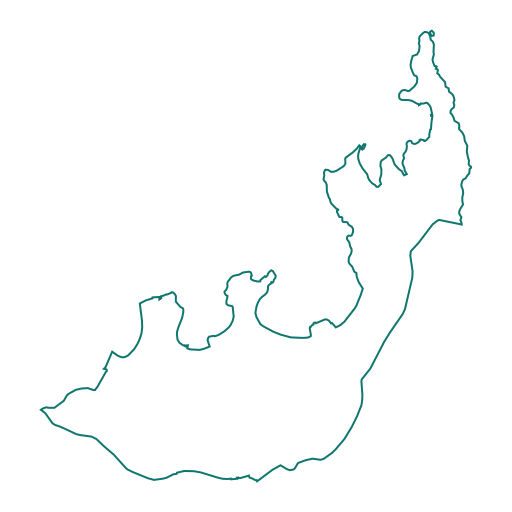 Woollahra, Australia (Natural Earth projection)
{"feature_id": "25037944B50824863548632", "entity_name": "Woollahra", "entity_type": "district", "adm_level": 2, "iso_a3": "AUS", "parent_name": "Australia", "parent_adm1": "", "projection": "natural_earth1", "projection_center": [151.265, -33.862], "detail": "fine", "context": "isolated", "style": "outline", "palette": "teal", "viewbox_px": 512, "rotation_deg": 0, "n_neighbors": 0, "source": "geoboundaries", "source_scale": "gbopen_adm2", "svg_char_len": 6044}
<svg xmlns="http://www.w3.org/2000/svg" viewBox="0 0 512 512"><path d="M176.7,473.8L177.0,472.7L184.1,471.0L193.9,471.2L201.1,472.5L217.3,477.5L222.7,478.8L227.8,479.0L230.8,478.6L230.9,479.3L237.1,478.8L236.9,477.7L238.3,477.5L238.4,478.2L240.6,478.0L249.0,475.6L249.5,477.6L252.4,478.5L255.2,480.1L256.7,480.2L257.1,481.3L272.6,469.7L280.5,465.3L287.0,469.2L289.8,470.2L293.5,469.5L294.9,468.3L298.0,463.0L305.7,460.2L312.6,458.7L320.6,459.8L323.6,458.9L332.0,452.9L335.7,449.3L344.4,439.0L351.6,427.2L357.0,416.4L361.4,405.3L362.2,400.3L362.4,394.6L361.4,381.4L361.8,379.3L370.3,368.6L384.3,341.6L390.1,332.3L402.8,313.9L405.0,309.0L412.3,277.7L412.6,271.4L410.3,255.8L410.7,251.9L411.3,250.7L418.6,242.8L432.7,224.3L437.3,220.8L439.0,219.9L461.7,224.5L461.5,222.8L460.4,220.3L461.4,217.2L459.3,213.9L459.2,212.6L459.2,211.4L460.4,208.7L463.0,204.5L462.3,200.8L462.3,197.6L463.2,193.2L462.8,189.7L461.5,186.4L461.3,184.9L462.1,181.5L463.1,179.7L465.6,178.3L467.3,175.6L469.3,173.3L469.6,169.1L471.0,167.8L471.1,166.9L469.5,165.6L468.7,164.3L469.0,160.3L468.2,158.4L466.8,151.6L467.3,145.7L464.8,140.9L464.2,136.3L462.3,132.5L459.2,129.2L459.0,127.7L459.4,126.2L458.7,123.3L454.5,120.8L453.7,117.8L451.9,114.5L450.5,113.0L450.5,111.2L451.5,109.3L453.8,107.4L454.3,105.1L453.5,102.7L454.5,100.2L453.5,96.2L452.2,94.1L449.0,91.6L448.6,88.4L445.6,86.6L445.1,82.1L440.2,76.9L438.9,74.5L437.3,73.4L437.9,69.9L437.4,69.3L435.8,68.8L436.7,66.6L436.1,66.1L434.6,66.1L433.2,62.6L432.5,59.4L433.9,54.3L433.5,52.0L433.9,44.8L433.0,41.9L430.7,39.6L430.2,36.6L428.7,33.1L426.6,32.1L424.6,32.0L422.3,33.7L419.6,36.5L419.1,38.9L419.5,41.0L418.8,43.1L419.6,46.3L419.0,51.0L417.0,54.5L412.7,56.0L411.2,61.1L410.6,64.9L410.9,67.7L413.2,73.4L414.3,75.3L416.4,76.2L416.9,77.2L417.3,78.6L416.9,82.7L414.6,86.2L409.3,90.9L407.9,91.1L405.2,90.0L402.9,90.2L401.2,91.2L399.2,94.1L399.2,97.7L400.1,99.1L401.7,99.9L408.9,100.1L412.2,100.9L417.1,103.7L418.8,104.1L418.9,105.2L420.4,104.5L420.8,103.5L423.2,103.6L426.4,102.7L427.5,103.1L429.4,105.2L430.7,107.5L432.2,114.4L430.9,114.7L431.0,115.7L432.3,115.4L432.4,116.2L431.4,122.8L431.0,129.2L430.2,129.6L429.3,134.3L429.3,136.8L426.7,139.8L425.1,141.0L424.3,141.1L423.9,140.2L420.5,139.5L419.6,140.1L419.8,140.8L417.8,142.7L415.2,143.9L413.5,143.8L412.0,142.9L411.3,141.2L409.7,140.7L408.2,141.3L406.8,142.7L406.5,144.1L406.9,146.2L406.6,149.1L405.6,151.6L403.9,153.7L403.3,155.4L404.1,158.1L402.9,160.7L402.5,163.2L402.8,164.6L404.3,167.8L404.8,170.8L406.8,174.1L404.0,175.3L401.8,171.2L398.5,168.8L394.5,164.2L392.7,159.0L391.6,157.2L389.9,155.1L388.0,155.1L385.8,157.7L381.8,160.4L380.7,162.1L380.4,165.8L381.4,169.2L381.3,174.4L379.7,179.9L381.0,184.1L378.3,186.8L376.5,186.8L375.0,185.0L372.1,183.3L369.2,179.9L368.3,178.2L367.1,174.1L362.8,168.8L359.7,163.4L358.4,159.4L358.1,156.6L358.3,154.0L360.2,147.6L360.2,146.0L359.3,145.3L356.6,148.9L352.7,152.5L345.6,157.7L345.2,159.0L345.4,163.6L344.3,165.5L342.5,167.0L336.4,170.8L333.3,171.8L330.9,171.8L328.2,170.0L325.5,169.7L324.9,170.2L324.0,172.5L324.3,175.4L323.5,179.2L324.3,181.0L325.6,182.2L326.7,184.9L326.9,191.6L328.9,197.8L329.8,199.0L330.4,201.6L331.3,203.5L336.2,208.6L338.1,209.5L338.2,210.1L337.0,210.8L337.0,212.0L339.4,217.0L341.6,217.1L342.3,217.8L342.3,220.6L343.2,222.0L347.0,222.2L347.7,222.8L348.6,224.7L351.9,226.9L353.0,228.8L353.1,231.7L351.9,235.0L350.6,235.9L348.5,235.6L347.3,236.7L346.9,237.7L347.1,239.3L349.3,242.4L350.1,246.2L351.5,249.0L351.7,250.8L351.1,253.5L348.9,257.5L348.6,261.7L349.3,263.5L352.3,266.9L354.3,271.7L356.4,273.0L356.7,276.7L358.8,282.3L362.8,288.6L360.6,295.3L356.2,306.0L354.3,309.0L344.2,321.9L340.3,325.1L335.8,327.4L332.0,323.0L331.1,323.4L328.9,320.6L326.6,319.4L324.7,319.5L316.0,323.2L315.7,322.6L314.1,322.7L313.4,323.4L313.5,324.5L311.8,325.4L310.6,327.0L310.1,327.0L309.7,328.3L310.9,335.0L310.7,336.3L307.8,337.6L302.7,337.9L290.9,337.4L280.5,334.6L273.1,331.6L263.1,326.2L260.2,324.0L256.4,316.9L255.4,313.0L256.5,306.6L257.8,302.9L259.7,299.3L262.1,296.8L265.0,294.7L267.2,292.3L267.9,289.4L268.1,286.1L269.1,284.8L271.3,283.2L271.4,282.1L272.6,282.6L273.3,281.9L273.9,279.8L275.5,277.7L275.7,275.7L272.8,271.0L271.3,270.3L269.1,272.1L268.0,273.7L267.4,275.5L265.7,277.0L264.8,276.3L260.4,280.1L260.2,281.4L257.7,281.5L254.0,280.7L251.3,279.4L250.9,278.6L250.9,277.0L251.1,276.2L251.8,275.7L251.1,273.0L250.2,272.0L248.8,271.7L243.0,272.5L239.3,274.6L233.5,275.8L231.3,277.2L227.8,281.8L227.3,283.3L227.5,286.7L226.3,289.6L224.5,291.7L224.5,292.6L225.7,294.9L227.5,295.9L227.3,297.9L226.3,301.3L226.5,303.9L227.9,305.2L232.2,306.2L232.7,306.9L233.7,316.6L232.6,321.0L230.7,324.8L228.8,327.4L224.0,331.6L218.8,334.8L214.8,336.3L213.7,335.8L209.1,336.7L207.9,338.4L207.6,340.4L209.7,346.5L204.8,348.5L199.8,349.9L190.1,349.4L187.3,348.4L187.9,345.3L186.8,345.4L186.5,346.7L186.1,346.5L186.3,345.8L185.0,345.4L184.9,346.1L182.5,344.9L179.4,342.7L177.5,339.6L176.9,334.0L177.1,331.5L178.4,327.3L182.1,317.9L183.3,312.2L183.3,309.5L182.8,308.2L180.3,306.9L175.8,301.6L175.9,296.0L174.8,294.1L173.1,292.5L171.6,292.2L171.0,292.9L166.8,294.6L165.9,294.4L164.4,295.3L161.0,296.3L161.3,298.1L159.4,299.5L159.2,297.0L152.5,297.4L152.4,298.4L145.8,300.4L139.8,303.5L142.0,320.7L142.2,327.6L141.5,333.2L140.1,338.0L137.7,343.5L135.1,347.7L134.0,349.4L127.9,355.6L124.8,357.1L122.6,357.3L120.0,356.7L117.3,355.4L112.2,351.7L105.7,366.9L103.9,368.8L106.5,369.4L106.9,370.8L105.5,372.5L97.7,386.4L95.0,390.0L93.5,390.1L87.7,388.1L81.8,388.5L75.9,389.8L68.3,394.0L66.7,395.7L63.8,400.8L54.4,407.8L48.6,407.8L46.2,407.3L42.8,408.5L40.9,409.8L45.3,413.2L52.4,423.2L55.0,424.9L60.5,426.8L76.2,434.1L79.7,435.0L91.6,436.6L96.5,439.1L103.9,446.2L113.7,454.6L126.2,468.4L127.6,469.5L133.1,472.2L148.4,478.4L154.1,479.9L163.3,478.6L166.8,477.6L173.4,474.3L176.7,473.8ZM431.9,35.9L433.6,35.5L433.9,33.3L433.3,32.2L431.8,30.7L430.1,31.8L429.8,32.5L431.4,35.7L431.9,35.9ZM362.4,149.6L363.9,148.4L365.3,145.2L365.3,144.3L363.8,144.2L362.3,146.4L361.6,149.0L362.4,149.6Z" fill="none" stroke="#0f766e" stroke-width="2"/></svg>